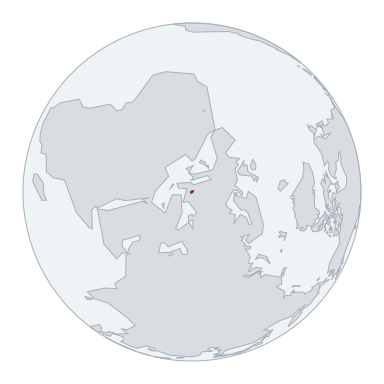 Kyustendil highlighted on a globe, orthographic projection, rotated 117°
{"feature_id": "BGR-2252", "entity_name": "Kyustendil", "entity_type": "Province", "adm_level": 1, "iso_a3": "BGR", "parent_name": "Bulgaria", "parent_adm1": "", "projection": "orthographic", "projection_center": [22.877, 42.321], "detail": "fine", "context": "on_globe", "style": "filled", "palette": "rose", "viewbox_px": 384, "rotation_deg": 117, "n_neighbors": 0, "source": "natural_earth", "source_scale": "10m", "svg_char_len": 10789}
<svg xmlns="http://www.w3.org/2000/svg" viewBox="0 0 384 384"><g transform="rotate(117 192 192)"><circle cx="192" cy="192" r="169" fill="#eef3f6" stroke="#a8b0b8"/><path d="M125.1,36.9L131.6,34.9L126.8,36.7L129.6,36.1L135.7,33.9L139.1,32.7L157.1,30.6L177.7,28.4L183.8,26.7L182.8,28.1L194.2,24.8L205.1,24.8L192.9,25.6L191.9,26.3L199.4,26.4L199.9,27.2L203.9,27.8L203.8,28.9L196.8,29.8L196.6,30.6L201.9,30.7L205.3,32.2L197.4,31.9L202.4,34.5L191.5,37.3L170.6,37.1L164.6,41.0L143.5,47.5L145.6,48.5L138.9,52.1L138.9,54.6L135.0,55.5L138.3,56.8L141.8,55.6L144.5,55.8L144.8,57.3L139.9,58.5L139.0,58.0L137.7,59.1L135.1,59.2L136.6,60.0L130.6,61.6L136.9,62.3L132.4,65.6L128.3,66.0L128.3,62.9L118.9,57.6L114.7,57.8L108.9,60.8L98.8,72.5L94.4,74.3L88.8,78.9L91.3,79.0L96.7,75.6L100.1,77.5L106.2,73.5L108.5,73.8L114.9,71.3L114.4,75.1L110.3,80.3L104.9,82.7L103.0,85.3L108.5,85.9L98.8,93.9L92.9,105.3L90.4,107.2L84.8,104.9L83.9,96.9L76.7,95.5L81.7,100.1L75.3,105.4L74.4,108.0L74.9,110.0L77.6,109.5L75.4,112.3L69.6,108.5L71.4,105.9L73.3,107.0L72.8,103.4L68.8,101.6L65.9,104.8L63.0,99.7L60.9,102.1L59.0,102.6L62.7,99.0L56.1,105.5L52.3,103.0L43.2,115.2L51.7,101.5L54.4,96.4L57.0,91.6L55.5,93.5L60.9,85.6L61.9,84.2L70.7,74.3L80.4,65.2L90.7,56.8L101.6,49.3L113.1,42.6L125.1,36.9ZM45.0,108.7L44.3,110.1L43.7,111.0L45.0,108.7ZM27.4,153.7L27.7,152.9L27.5,156.1L25.7,163.3L27.0,160.2L25.9,167.0L26.7,179.0L26.1,179.7L26.5,198.6L29.9,213.7L30.6,221.7L29.9,223.7L31.8,228.6L31.8,230.9L41.8,250.1L49.2,263.7L50.5,271.1L47.3,273.0L51.3,285.2L49.3,282.5L43.2,272.0L37.8,261.0L33.2,249.7L29.5,238.1L26.6,226.3L24.5,214.3L23.3,202.1L23.1,189.9L23.6,177.7L25.1,165.6L27.4,153.7ZM40.9,118.6L34.7,135.6L35.8,129.8L36.0,130.0L38.1,124.8L41.1,117.3L42.8,113.1L40.9,118.6ZM43.5,117.2L44.4,114.8L43.9,116.7L43.5,117.2ZM140.6,32.2L135.8,33.8L130.0,35.7L133.9,34.1L140.6,32.2ZM151.6,29.8L149.6,30.5L146.7,30.6L148.8,30.1L151.6,29.8ZM188.1,25.6L184.1,25.8L187.8,25.3L188.1,25.6ZM204.5,27.7L205.4,27.5L207.1,28.0L204.5,27.7ZM114.8,69.5L114.9,70.4L113.6,70.3L114.8,69.5ZM117.6,67.6L116.1,66.9L117.2,66.0L118.1,66.4L117.6,67.6ZM208.5,30.2L210.8,31.3L207.2,30.3L208.5,30.2ZM119.1,68.7L119.3,64.4L121.3,62.7L126.3,63.1L119.1,68.7ZM211.4,32.0L217.1,34.9L219.8,34.5L215.6,37.8L212.1,34.0L207.2,32.7L210.7,32.8L211.4,32.0ZM142.9,54.5L139.1,55.9L142.0,53.5L142.9,54.5ZM144.1,52.9L149.2,45.7L155.0,44.7L152.1,47.2L159.3,45.0L159.6,48.0L155.7,49.9L151.9,49.9L154.9,51.1L144.1,52.9ZM212.3,39.3L212.7,40.3L211.0,39.5L212.3,39.3ZM145.8,55.7L146.3,54.3L151.3,53.2L151.2,56.0L149.6,55.4L145.8,55.7ZM161.1,43.1L164.8,43.0L166.0,45.4L167.6,45.7L160.1,48.0L161.1,43.1ZM148.6,56.4L151.0,57.5L148.9,59.4L145.6,57.2L148.6,56.4ZM152.7,51.8L155.1,51.5L153.7,52.6L152.7,51.8ZM142.7,67.3L143.3,65.3L145.9,64.5L142.7,67.3ZM152.0,57.8L152.7,57.2L153.8,56.7L154.9,57.9L152.0,57.8ZM161.5,49.7L161.2,50.8L164.6,48.8L165.7,50.7L160.5,52.0L163.2,52.2L163.5,52.8L158.9,53.3L161.5,49.7ZM159.4,57.7L153.1,60.4L151.5,64.1L149.1,64.9L152.0,58.7L159.4,57.7ZM159.5,55.0L158.9,56.8L156.2,56.7L154.9,55.4L159.5,55.0ZM168.3,51.6L168.0,48.3L169.2,48.2L168.3,51.6ZM159.4,58.8L161.0,58.1L159.6,59.1L159.4,58.8ZM166.2,53.8L165.9,52.6L167.2,52.4L166.2,53.8ZM164.2,57.9L162.2,58.7L161.3,57.8L164.2,57.9ZM165.5,56.0L167.4,56.1L162.2,57.0L165.2,55.5L165.5,56.0ZM167.5,53.8L168.2,53.3L167.4,54.3L167.5,53.8ZM168.8,61.1L162.4,62.5L160.4,60.4L166.9,59.3L168.8,61.1ZM96.8,270.1L85.9,243.9L90.9,237.2L91.5,226.5L125.9,199.9L133.5,204.3L160.9,204.2L164.4,206.0L161.5,214.8L182.4,227.1L188.7,219.8L207.3,225.0L219.4,223.5L223.1,206.3L203.3,208.4L199.5,200.3L215.2,191.4L232.5,189.8L231.6,186.7L220.4,181.1L224.1,174.4L216.5,178.6L219.7,181.6L215.1,184.5L211.8,182.0L213.2,179.6L207.9,178.7L202.4,191.0L205.2,195.3L191.4,198.1L194.7,205.7L191.1,209.4L184.2,197.9L184.7,193.6L172.1,180.8L170.3,185.5L182.1,198.1L178.5,197.1L176.3,204.1L175.2,198.0L162.8,183.6L150.2,184.9L134.7,200.1L127.2,199.8L120.8,194.4L126.1,177.1L142.1,179.8L144.1,174.2L140.5,164.8L145.7,166.6L146.2,163.3L152.2,164.0L160.4,157.0L166.4,156.9L169.3,146.9L172.8,145.7L170.1,151.9L171.5,156.3L186.5,156.5L189.3,154.3L189.9,148.0L194.0,149.1L192.7,143.0L201.2,140.3L189.8,138.7L190.2,131.8L195.1,126.5L193.2,124.1L185.2,132.8L183.9,136.7L186.0,140.3L180.5,151.3L175.4,152.9L173.4,140.8L165.9,142.0L167.6,132.6L188.2,113.9L197.0,110.3L212.2,118.1L210.4,122.5L204.0,121.7L210.2,128.5L209.5,125.0L212.9,126.1L214.2,120.3L216.6,120.9L213.7,114.6L216.8,114.7L218.7,118.6L223.2,110.7L229.7,109.5L229.5,107.5L227.6,105.7L237.1,105.8L236.5,104.3L233.2,103.7L230.0,100.5L228.1,95.1L231.5,95.4L232.6,97.4L240.2,102.3L242.7,107.9L243.9,107.5L242.5,102.8L233.3,96.7L231.2,93.4L235.9,95.6L234.0,94.6L234.0,93.0L237.2,91.9L232.2,89.3L227.6,73.5L233.3,70.3L238.0,73.7L238.4,64.3L244.8,62.2L241.7,61.5L239.8,57.1L237.8,57.7L236.2,57.1L230.4,47.1L231.7,45.3L225.7,41.1L224.1,40.8L222.8,41.8L215.6,37.8L219.8,34.5L223.2,35.1L223.5,33.0L231.1,34.9L237.6,35.8L245.8,39.8L250.2,40.5L249.8,39.6L255.5,40.2L268.6,45.3L259.7,45.0L240.4,40.0L248.4,42.1L247.1,43.0L250.3,44.6L255.9,46.2L256.2,45.6L267.8,56.2L282.3,65.1L280.1,60.4L282.9,60.0L297.5,68.0L317.7,90.0L321.7,91.2L324.8,94.2L327.5,99.4L323.1,95.0L322.1,96.5L319.2,93.6L322.2,101.0L318.1,97.0L322.4,105.1L325.4,106.5L324.3,101.2L329.7,110.3L334.0,111.2L339.1,117.6L347.6,138.1L349.2,150.3L350.3,153.1L348.5,153.8L349.8,162.8L356.0,169.8L357.1,173.9L357.5,188.4L356.9,185.7L352.3,187.5L354.1,198.4L357.7,199.5L359.0,206.3L357.4,208.6L355.7,203.0L354.0,203.3L352.6,194.4L347.6,185.1L345.8,192.5L344.2,187.3L337.0,182.0L333.4,192.5L329.0,216.6L331.4,230.5L328.5,239.9L317.6,226.9L312.1,215.0L308.6,219.2L297.0,212.9L278.2,222.2L275.2,219.3L271.8,222.8L263.6,221.9L258.9,216.7L254.1,218.8L266.6,232.1L271.7,229.8L275.5,221.4L278.1,226.7L285.9,228.7L278.5,246.7L250.0,268.6L246.7,258.4L222.4,231.5L222.8,227.7L222.7,227.3L222.4,226.6L220.7,232.9L216.3,227.1L229.9,247.5L232.4,256.4L249.6,269.3L248.1,271.4L253.5,273.3L270.2,264.0L270.4,267.5L262.8,285.7L239.3,311.0L242.2,321.9L240.0,331.0L224.8,339.0L225.6,344.4L217.6,347.2L216.8,350.0L210.1,353.2L199.1,356.0L181.0,356.0L180.3,354.1L171.9,349.3L160.5,334.7L165.5,327.9L164.0,321.5L150.9,304.7L153.8,295.9L150.2,291.4L142.8,291.2L138.6,285.6L134.0,284.5L105.6,279.9L96.8,270.1ZM114.6,216.7L113.7,219.9L114.6,216.7ZM251.4,196.6L261.4,194.1L256.0,184.7L259.4,183.1L256.3,180.7L255.5,184.1L247.8,177.0L251.8,172.5L250.1,168.1L246.6,168.8L240.5,178.4L251.6,188.3L249.7,193.4L251.4,196.6ZM26.8,179.3L26.6,182.1L26.3,180.2L26.8,179.3ZM34.7,131.7L34.0,134.2L33.2,136.6L33.5,135.0L34.7,131.7ZM31.8,152.4L31.6,155.8L31.3,153.4L31.8,152.4ZM34.0,138.1L31.9,149.9L31.4,146.1L32.9,138.9L32.6,142.2L34.0,138.1ZM41.3,119.8L40.6,121.8L40.0,122.5L41.3,119.8ZM43.2,118.6L43.2,118.1L44.1,116.5L43.2,118.6ZM75.6,105.6L76.0,106.0L76.0,108.5L74.9,108.0L75.6,105.6ZM83.1,115.8L79.5,120.1L81.3,116.6L78.9,116.6L79.7,109.5L89.1,107.8L84.7,109.7L83.1,115.8ZM83.4,100.1L81.9,104.5L83.2,99.8L83.4,100.1ZM143.0,145.6L145.2,148.2L143.0,151.7L135.3,152.9L138.4,147.6L143.0,145.6ZM148.7,151.2L148.8,139.4L153.6,138.6L150.9,141.0L154.1,141.6L150.6,145.7L155.0,156.8L153.4,160.7L140.1,160.0L145.3,157.9L142.9,155.3L148.7,151.2ZM140.7,114.3L140.8,110.1L151.0,113.6L149.7,117.1L142.0,118.2L139.0,114.7L140.7,114.3ZM127.8,70.5L127.2,69.3L128.6,68.9L130.2,69.5L127.8,70.5ZM142.8,66.4L132.0,75.3L130.7,74.4L125.9,81.2L120.7,81.5L124.0,76.9L116.4,82.5L117.3,78.5L112.5,82.7L120.4,72.5L120.9,69.5L122.3,72.7L127.1,72.5L129.3,71.5L135.9,66.6L139.3,60.3L144.6,59.4L147.4,60.5L147.4,61.9L144.0,61.9L146.4,63.7L141.4,64.9L142.8,66.4ZM177.2,78.5L173.3,77.1L177.3,82.6L172.4,83.1L173.1,83.7L169.7,85.8L166.9,89.5L164.6,89.2L164.5,90.8L162.2,92.4L161.3,94.5L156.8,94.9L155.3,97.6L154.1,96.2L152.7,100.9L151.8,97.6L148.7,99.6L151.2,101.7L129.6,100.0L121.3,102.5L114.9,106.5L114.1,100.8L119.7,93.6L128.2,86.9L136.3,85.6L134.5,83.4L137.9,82.3L137.9,84.5L139.8,80.4L142.6,80.1L150.2,75.3L151.3,70.1L154.1,68.4L155.1,70.3L157.2,67.2L160.9,69.7L163.0,68.6L168.8,70.2L169.4,74.7L171.7,73.2L176.1,74.5L177.2,78.5ZM170.3,61.7L172.2,66.6L170.4,69.4L161.2,65.7L158.7,66.3L152.7,64.4L155.5,60.4L156.9,61.3L159.0,61.3L157.3,62.5L160.2,61.5L162.3,62.7L165.1,62.4L164.9,64.0L170.3,61.7ZM168.2,202.9L170.9,203.5L175.0,203.3L173.6,207.9L168.2,202.9ZM159.6,193.2L162.0,192.9L162.1,198.9L159.3,198.5L159.6,193.2ZM163.2,187.7L162.1,192.4L161.0,189.6L163.2,187.7ZM172.3,151.3L174.8,150.7L175.1,152.2L173.8,154.3L172.3,151.3ZM188.1,96.2L186.2,94.6L186.9,93.8L185.5,89.1L189.0,88.5L191.2,91.2L188.1,96.2ZM219.8,209.6L216.4,213.3L214.5,212.0L216.1,211.0L219.8,209.6ZM194.0,211.5L199.9,213.4L193.5,212.7L194.0,211.5ZM191.8,94.8L190.8,92.8L193.1,93.8L191.8,94.8ZM191.5,87.9L194.3,88.5L189.3,87.9L191.5,87.9ZM267.5,322.1L254.8,338.8L247.3,340.9L246.5,337.7L251.6,328.5L260.7,323.4L265.3,317.8L267.5,322.1ZM358.5,220.5L358.3,221.7L358.9,218.3L359.2,216.1L358.5,220.5ZM358.8,218.6L357.4,220.7L352.3,214.3L354.2,210.6L358.9,209.6L358.7,212.2L359.5,212.1L358.8,218.6ZM360.6,203.6L360.6,198.9L360.6,194.0L360.8,191.4L359.3,168.6L359.3,168.1L360.5,179.9L361.0,191.8L360.6,203.6ZM332.1,231.3L335.5,236.5L333.7,239.8L332.1,231.3ZM356.9,155.9L358.7,165.4L356.5,154.5L356.9,155.9ZM354.6,147.0L355.4,149.4L354.9,148.6L354.6,147.0ZM351.9,156.8L351.8,160.3L351.0,158.5L350.6,153.0L351.9,156.8ZM343.0,123.2L346.1,128.5L347.2,130.8L345.6,129.0L343.0,123.2ZM220.6,89.7L218.6,96.7L219.5,102.0L223.7,105.0L217.0,104.0L215.5,95.9L220.6,89.7ZM226.4,75.4L222.7,73.2L224.8,72.4L225.9,72.8L226.4,75.4ZM223.8,75.3L218.3,75.9L216.6,73.6L221.2,73.5L223.8,75.3ZM205.1,84.9L204.3,86.9L202.3,86.0L205.1,84.9ZM356.1,151.6L355.3,148.8L354.9,147.1L356.1,151.6ZM353.3,142.9L353.8,143.3L354.5,147.2L350.7,137.6L350.1,134.8L353.3,142.9ZM325.5,91.5L323.5,89.7L321.9,87.0L323.7,89.0L325.5,91.5ZM314.7,77.3L320.8,85.7L325.3,93.0L325.7,92.5L329.8,97.8L327.4,96.4L321.6,88.3L318.8,83.5L314.9,79.7L310.8,74.8L306.4,71.5L303.4,68.7L306.5,70.3L314.7,77.3ZM304.6,70.4L295.4,64.1L293.9,61.0L295.6,61.7L300.4,65.8L300.9,67.1L304.6,70.4ZM292.7,61.8L293.1,63.1L280.5,59.1L277.4,57.6L286.3,58.4L287.1,59.9L290.5,61.6L292.7,61.8ZM214.4,40.2L212.8,40.3L213.6,39.6L214.4,40.2ZM235.1,57.5L233.0,56.6L233.9,55.6L235.1,57.5ZM227.8,53.6L228.2,55.3L226.3,53.3L227.8,53.6ZM229.3,59.3L227.6,55.9L231.2,59.4L229.3,59.3Z" fill="#d9dde1" stroke="#a8b0b8" stroke-width="1"/><path d="M190.8,192.0L191.0,192.0L191.0,191.9L191.2,191.7L191.3,191.6L191.2,191.4L191.0,191.2L191.3,191.1L191.5,191.3L191.7,191.5L191.8,191.7L191.9,191.8L192.0,191.9L192.3,191.8L192.5,191.8L192.8,191.8L193.0,192.0L193.0,192.3L193.3,192.4L193.3,192.5L193.2,192.7L193.1,192.8L192.8,192.7L192.7,192.7L192.5,192.8L192.4,192.8L192.3,192.7L192.2,192.7L192.1,192.8L191.9,192.9L191.7,192.8L191.5,192.7L191.4,192.7L191.2,192.6L191.1,192.4L190.8,192.0Z" fill="#f43f5e" stroke="#9f1239" stroke-width="1.5"/></g></svg>